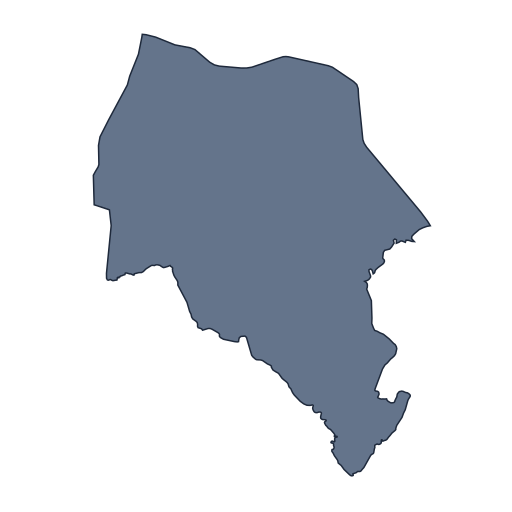 the Province of Ninawa, rotated 96°
{"feature_id": "IRQ-3051", "entity_name": "Ninawa", "entity_type": "Province", "adm_level": 1, "iso_a3": "IRQ", "parent_name": "Iraq", "parent_adm1": "", "projection": "robinson", "projection_center": [43.286, 36.005], "detail": "fine", "context": "isolated", "style": "filled", "palette": "slate", "viewbox_px": 512, "rotation_deg": 96, "n_neighbors": 0, "source": "natural_earth", "source_scale": "10m", "svg_char_len": 6059}
<svg xmlns="http://www.w3.org/2000/svg" viewBox="0 0 512 512"><g transform="rotate(96 256 256)"><path d="M58.4,257.7L55.0,249.9L54.5,247.1L54.5,244.4L59.2,204.0L60.3,199.7L72.3,177.2L75.0,173.7L78.9,171.9L87.6,170.5L129.1,161.9L132.7,160.2L136.3,157.3L195.0,96.8L203.6,88.9L207.7,85.8L208.7,89.2L210.5,93.0L212.7,96.5L217.8,101.3L220.2,103.1L222.5,103.0L225.1,100.1L225.2,102.6L224.5,105.8L224.6,108.4L226.8,108.9L225.8,112.5L226.1,113.9L227.3,115.1L228.7,117.8L225.2,118.0L224.6,119.7L226.0,121.0L228.7,120.0L232.9,122.1L235.1,123.7L236.9,128.6L239.0,129.7L244.7,129.8L245.3,129.5L245.9,128.8L246.6,128.0L247.8,127.7L249.4,128.1L250.6,128.9L254.7,133.4L257.0,135.4L258.3,136.0L259.3,136.1L260.4,136.4L261.5,137.6L258.6,138.7L257.3,139.7L257.0,140.9L257.9,142.2L259.3,142.1L264.0,139.9L265.1,139.9L267.0,140.9L268.0,141.8L268.7,142.8L269.8,145.3L270.9,143.4L272.2,142.4L273.8,142.1L275.7,142.1L277.3,142.5L288.3,136.6L305.7,134.2L311.1,133.8L315.6,131.5L317.6,130.2L318.2,127.6L319.4,124.8L320.5,121.1L324.5,114.9L328.6,110.0L329.5,108.4L331.4,107.0L333.5,106.3L338.6,106.9L340.7,107.9L342.7,109.6L344.5,111.4L348.6,114.2L350.9,116.4L355.2,118.4L374.6,123.4L376.5,123.8L377.3,123.7L377.7,123.0L377.8,122.2L377.8,121.3L378.1,120.5L378.5,119.9L379.5,119.4L380.7,119.2L383.0,119.9L383.4,120.2L383.9,120.2L384.4,119.7L385.0,117.9L385.1,116.9L385.2,116.1L385.0,115.5L384.9,115.1L384.9,114.2L384.8,113.9L384.8,113.0L384.7,112.4L384.4,111.4L384.5,111.1L385.3,110.8L385.9,110.4L386.5,109.7L387.6,107.5L387.9,106.7L387.9,106.0L387.8,105.2L387.6,104.4L387.3,103.6L386.9,103.1L386.1,102.8L385.3,102.7L383.0,101.9L381.9,101.4L380.9,101.2L379.0,101.1L378.2,100.9L377.6,100.5L376.2,99.6L375.8,99.1L375.7,98.6L375.6,98.2L375.2,97.4L375.2,96.9L375.2,96.4L375.2,95.7L375.6,94.5L376.0,93.3L376.2,91.9L376.2,91.4L376.3,90.9L377.0,89.6L377.4,89.0L377.9,88.4L378.4,88.1L378.8,88.0L379.4,88.0L380.0,88.2L382.4,89.4L383.9,89.9L393.3,91.5L397.0,92.9L401.2,93.9L409.7,98.3L412.7,99.0L413.5,98.8L414.3,99.0L415.0,99.5L417.9,102.3L420.6,104.0L422.5,105.4L424.2,106.3L425.0,106.9L425.7,107.9L425.9,108.6L426.3,109.4L426.9,110.5L426.8,110.9L426.5,111.2L425.9,111.3L425.6,111.5L425.6,111.8L425.9,112.1L428.0,112.0L428.5,111.9L429.1,112.1L429.7,112.5L430.5,113.8L430.6,114.6L430.5,115.2L430.3,115.7L430.4,116.1L431.5,117.8L432.0,118.1L433.0,118.0L433.6,117.8L434.2,117.8L435.4,118.1L439.4,118.4L439.9,118.6L440.5,119.1L441.0,119.9L441.6,120.6L442.5,121.2L455.1,126.6L457.4,128.3L458.5,128.9L459.2,129.6L459.5,130.3L459.6,131.6L459.7,132.4L461.1,133.8L461.6,135.0L462.4,136.8L462.7,136.9L463.0,136.8L463.4,136.5L463.7,136.4L464.0,136.4L464.3,136.7L464.5,137.2L464.6,137.7L464.6,138.5L463.9,139.9L459.1,146.1L455.4,149.4L453.3,152.6L451.0,153.3L450.0,154.0L446.4,157.2L444.1,158.6L442.4,160.1L441.0,160.3L440.5,160.1L440.3,159.6L440.3,159.2L440.1,158.9L439.6,158.6L438.9,158.4L438.2,158.3L437.5,158.5L436.2,159.1L435.7,159.2L435.2,159.1L434.7,159.3L434.3,159.7L434.1,160.6L434.1,161.2L433.9,161.8L433.5,162.0L432.6,161.7L432.2,161.2L432.1,160.6L432.2,160.0L432.4,159.4L432.6,158.9L432.5,158.5L432.2,158.3L431.6,158.3L431.0,158.4L430.3,158.6L429.7,158.7L429.0,158.6L428.5,158.3L428.1,157.8L427.9,157.4L427.7,156.8L427.5,156.4L427.2,156.4L426.9,156.6L426.9,157.5L427.0,158.0L427.5,158.8L427.4,159.2L426.7,159.3L426.3,159.1L425.9,158.8L425.2,159.2L424.1,160.1L420.7,163.8L420.2,165.2L419.8,165.9L419.3,166.6L418.0,167.7L417.1,168.9L415.2,170.2L414.4,170.5L413.7,170.3L413.3,169.7L412.9,169.3L412.5,169.0L412.1,169.0L411.7,169.5L411.6,170.6L411.7,172.6L411.4,173.6L410.8,174.5L409.6,174.9L408.8,174.9L405.4,174.5L404.8,174.9L404.5,175.6L404.6,177.1L404.9,177.8L405.2,178.4L405.4,178.9L405.5,179.5L405.5,180.2L405.3,181.1L404.8,181.9L403.6,182.8L402.5,183.4L401.6,183.7L400.6,183.7L399.1,183.4L398.6,183.5L398.3,183.9L398.2,184.5L398.8,186.0L399.0,187.4L399.1,189.8L398.1,193.0L395.9,196.8L390.3,203.4L388.1,205.3L385.6,206.8L384.6,207.3L382.7,209.5L379.7,210.8L378.6,211.8L377.6,213.2L376.0,215.8L374.8,217.4L370.6,221.1L369.9,222.2L369.2,224.0L367.6,227.2L365.0,229.1L363.9,229.2L363.5,229.7L362.8,231.2L362.5,232.3L362.1,233.4L359.3,238.5L359.0,239.9L358.9,241.0L359.1,244.2L359.0,244.9L358.6,245.8L356.7,248.5L355.2,249.9L337.9,257.0L336.8,258.6L337.6,262.7L339.1,264.1L341.2,264.4L343.0,264.4L343.4,265.6L343.4,268.5L342.2,279.7L340.8,282.9L339.8,283.9L338.8,284.1L337.8,284.1L337.0,284.6L336.3,285.6L333.4,292.1L332.9,294.0L333.0,295.4L333.2,296.3L335.4,301.4L334.1,302.5L333.3,306.1L332.0,306.8L330.2,306.9L328.3,307.5L327.2,308.8L325.2,312.3L323.3,313.7L320.7,314.5L318.1,316.2L309.3,319.8L293.1,330.7L290.8,330.9L289.7,331.2L288.4,332.0L285.3,334.6L283.6,335.7L279.8,337.4L279.3,337.4L279.0,337.4L278.7,337.5L278.2,337.7L277.8,337.7L277.3,337.7L276.8,337.6L276.4,337.8L276.0,338.3L275.6,338.9L275.2,339.8L274.7,340.2L274.4,340.5L275.6,342.6L276.9,345.7L277.2,346.8L276.9,347.7L276.2,349.1L275.7,350.0L275.4,350.4L275.1,352.6L275.1,353.7L275.4,354.9L276.1,356.0L276.1,358.1L276.4,359.1L280.1,363.8L281.1,364.7L283.2,366.4L283.8,367.2L284.5,368.3L284.6,369.5L284.8,370.8L286.3,374.9L286.6,375.3L286.9,375.4L287.2,375.4L287.5,375.2L287.7,375.3L287.8,375.6L287.7,376.5L287.2,377.7L286.9,378.7L287.0,379.8L286.5,382.5L286.5,383.6L286.6,384.0L286.8,384.3L287.0,384.3L287.3,384.3L287.6,384.3L288.3,384.5L288.7,385.7L289.8,387.6L290.0,388.5L290.2,388.8L290.5,389.0L290.9,389.1L291.1,389.2L291.1,389.8L291.3,390.1L291.5,390.2L292.0,390.1L292.1,390.4L292.0,390.8L291.7,391.2L291.8,391.4L292.0,391.6L292.5,391.6L293.1,391.6L293.5,391.7L293.8,391.8L294.3,391.7L294.5,391.9L294.8,393.4L295.0,393.9L295.1,394.3L295.4,395.3L295.5,395.9L295.3,396.6L294.6,398.4L294.7,398.8L295.2,399.6L295.5,400.3L295.3,401.3L293.8,402.3L288.8,402.9L240.9,403.2L225.4,406.6L222.0,422.3L192.7,426.2L188.6,424.5L183.9,422.3L181.4,421.8L162.5,424.2L153.8,423.6L136.0,416.8L99.3,401.8L90.3,400.4L67.6,394.0L50.3,392.4L47.4,392.3L47.4,388.5L48.8,378.7L54.5,358.8L55.8,343.1L57.1,338.3L68.1,322.3L70.3,317.4L71.0,312.3L70.6,290.2L70.0,284.9L68.6,279.7L58.4,257.7Z" fill="#64748b" stroke="#1e293b" stroke-width="1.5"/></g></svg>